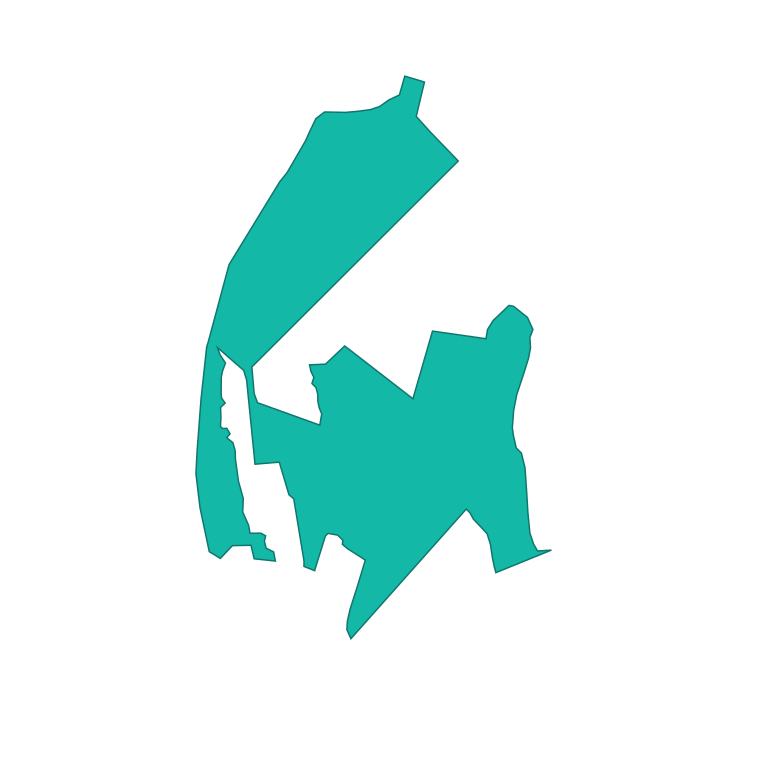 outline of Sergeli, Tashkent, Uzbekistan, rotated 315°
{"feature_id": "79887680B58716268454454", "entity_name": "Sergeli", "entity_type": "district", "adm_level": 2, "iso_a3": "UZB", "parent_name": "Uzbekistan", "parent_adm1": "Tashkent", "projection": "orthographic", "projection_center": [69.201, 41.185], "detail": "fine", "context": "isolated", "style": "filled", "palette": "teal", "viewbox_px": 768, "rotation_deg": 315, "n_neighbors": 0, "source": "geoboundaries", "source_scale": "gbopen_adm2", "svg_char_len": 1779}
<svg xmlns="http://www.w3.org/2000/svg" viewBox="0 0 768 768"><g transform="rotate(315 384 384)"><path d="M594.2,278.8L594.9,239.1L596.0,217.6L626.1,199.1L616.4,181.0L599.3,190.5L588.4,186.6L577.1,184.7L568.3,180.3L559.0,173.2L548.7,164.6L534.3,149.6L523.5,148.2L509.5,153.1L500.7,156.5L465.0,166.0L453.1,167.3L358.9,190.0L289.4,230.0L284.7,232.5L244.3,265.0L205.3,298.5L187.7,314.3L166.4,341.4L141.9,379.0L144.9,391.6L162.5,391.1L175.9,404.0L168.6,415.8L182.0,432.4L187.2,424.7L184.6,416.7L188.3,410.6L193.0,407.6L191.4,402.3L183.7,394.8L188.4,388.1L193.6,374.6L203.5,365.5L212.3,349.9L225.9,332.0L231.6,325.9L235.7,318.6L234.8,310.8L239.9,310.4L241.5,304.1L238.4,301.4L238.4,298.3L244.7,292.7L251.9,285.0L258.2,285.2L259.2,279.0L262.3,275.4L268.0,269.8L273.7,264.2L278.9,260.7L286.7,257.1L288.8,247.3L292.0,240.5L294.4,275.2L289.7,284.0L236.1,349.5L254.7,365.2L238.5,395.1L239.0,401.4L202.1,452.8L198.4,456.4L203.0,467.0L204.6,466.0L235.2,450.0L238.8,450.1L244.4,458.1L244.4,465.4L241.2,468.0L241.8,474.8L246.3,495.3L222.0,508.3L200.7,519.3L190.4,525.8L184.1,531.4L180.5,540.7L353.7,530.6L353.7,535.8L351.6,543.1L351.5,550.4L351.0,562.9L345.8,572.7L337.4,584.1L332.5,591.6L329.7,596.5L384.9,619.8L374.5,610.7L376.6,602.9L381.8,592.5L394.8,576.7L408.9,560.8L424.5,542.9L432.3,530.0L432.3,522.7L439.1,511.9L443.8,505.7L456.8,494.5L470.2,485.5L479.1,481.0L492.0,474.5L504.4,468.0L513.2,462.0L520.0,454.3L527.8,450.8L532.5,438.4L530.5,420.5L527.9,416.8L518.1,416.6L506.2,416.3L495.9,418.6L488.1,424.1L455.7,380.9L394.0,414.9L383.1,329.3L356.7,328.6L344.9,317.8L341.2,323.5L339.1,329.7L333.4,332.7L333.4,338.5L329.7,344.7L325.1,349.3L321.4,354.9L318.8,361.1L309.5,367.7L281.3,307.8L285.4,299.0L302.6,278.5L594.2,278.8Z" fill="#14b8a6" stroke="#0f766e" stroke-width="1.5"/></g></svg>